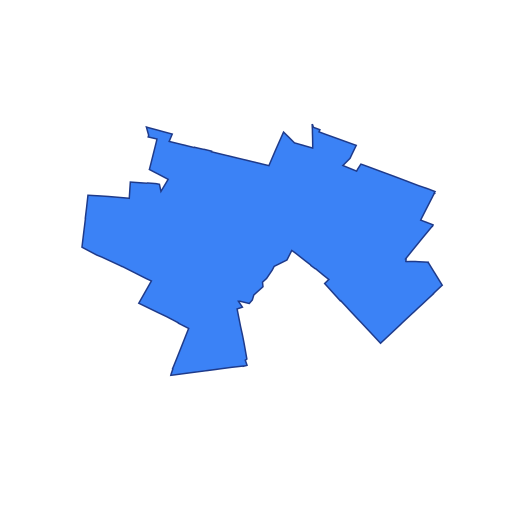 the district of Traian, Braila, Romania, rotated 30°
{"feature_id": "2599482B34558550347077", "entity_name": "Traian", "entity_type": "district", "adm_level": 2, "iso_a3": "ROU", "parent_name": "Romania", "parent_adm1": "Braila", "projection": "orthographic", "projection_center": [27.706, 45.134], "detail": "fine", "context": "isolated", "style": "filled", "palette": "blue", "viewbox_px": 512, "rotation_deg": 30, "n_neighbors": 0, "source": "geoboundaries", "source_scale": "gbopen_adm2", "svg_char_len": 2763}
<svg xmlns="http://www.w3.org/2000/svg" viewBox="0 0 512 512"><g transform="rotate(30 256 256)"><path d="M416.0,240.9L419.1,230.7L420.1,227.3L420.5,226.3L421.1,224.3L422.4,219.9L423.1,217.7L424.0,214.9L426.3,207.2L428.6,200.0L428.4,199.9L429.2,197.1L431.6,189.0L431.9,188.2L428.2,186.2L418.8,181.1L418.0,180.7L408.6,175.6L408.4,175.7L408.2,175.3L399.0,180.0L396.7,181.1L392.4,183.6L389.1,185.6L388.5,185.8L387.5,183.6L387.0,183.7L388.4,174.5L389.3,168.8L391.2,157.0L393.1,145.9L393.7,142.2L394.0,142.1L393.9,141.7L393.9,140.8L393.8,140.5L389.9,141.1L380.7,142.6L380.5,140.6L380.0,131.1L379.5,121.2L379.4,119.1L379.3,117.1L379.2,115.7L379.1,113.0L379.3,112.7L378.9,112.7L378.8,111.5L378.9,111.2L378.9,110.7L372.1,111.7L361.5,113.8L341.0,117.1L319.2,120.8L308.5,122.6L302.8,123.6L300.9,124.0L300.6,130.0L300.7,132.2L286.0,134.2L288.6,124.4L288.2,119.8L287.5,110.1L265.6,114.0L255.1,115.9L248.5,117.0L248.2,114.7L243.4,115.5L243.1,115.6L242.4,115.7L241.3,115.8L239.9,114.5L239.3,114.0L239.0,114.2L240.9,117.2L241.7,118.4L243.1,120.8L246.0,125.5L249.7,131.7L250.9,133.8L251.1,134.2L232.7,138.8L225.3,136.8L217.9,134.9L220.0,154.7L222.0,171.3L171.9,186.1L165.3,188.0L165.1,187.4L157.6,189.6L157.2,189.9L149.4,192.3L148.3,192.6L148.3,192.8L148.2,193.0L123.5,200.2L122.5,192.3L113.5,194.7L107.7,196.2L98.8,198.6L96.6,199.1L97.1,199.6L100.2,202.7L102.6,205.0L103.1,206.8L111.7,204.2L112.1,205.3L112.8,207.6L120.3,233.9L120.4,234.4L141.6,233.5L141.4,247.6L136.5,242.2L133.2,243.3L125.5,247.0L125.0,247.6L110.2,254.8L117.4,269.4L112.6,271.6L106.2,274.6L98.3,278.3L90.0,282.4L80.1,287.4L85.3,299.3L89.3,308.7L89.5,308.7L91.0,312.2L95.4,322.6L100.8,335.2L100.9,335.4L117.6,334.8L123.1,334.0L143.4,332.2L145.4,332.1L145.6,331.9L167.8,330.7L172.9,330.4L177.9,329.9L178.1,355.5L199.3,354.0L209.0,353.2L222.3,352.7L222.4,353.0L233.9,352.4L237.0,373.4L237.4,376.1L238.5,383.7L238.9,386.5L239.6,391.5L239.7,392.2L240.1,395.4L240.5,395.5L241.6,401.1L241.8,401.5L241.9,401.9L245.1,399.5L246.0,398.8L256.8,390.5L279.9,372.8L288.6,366.1L290.8,364.4L295.6,360.9L296.4,360.3L299.9,357.7L300.1,357.9L301.1,356.9L302.4,355.7L302.9,355.1L298.8,351.6L299.2,350.8L299.6,349.8L289.7,338.0L285.7,333.4L283.5,330.9L277.9,324.8L266.1,311.3L269.8,307.1L263.4,304.0L264.3,303.4L264.5,303.4L264.7,303.2L273.9,300.5L274.8,295.9L273.6,290.9L277.4,279.1L274.7,275.4L276.4,270.2L277.1,260.1L276.9,255.9L284.8,244.0L284.2,233.3L289.2,233.8L301.5,235.6L307.7,236.4L308.2,236.8L313.6,237.4L314.0,237.2L323.3,238.8L330.8,239.9L329.2,245.5L351.5,252.7L351.7,252.3L351.9,252.4L353.8,253.0L360.5,255.0L363.9,256.1L376.1,259.8L381.0,261.2L390.5,264.1L396.7,266.0L402.3,267.7L407.5,269.3L407.8,268.1L409.2,263.6L414.4,246.4L415.6,242.4L416.0,240.9Z" fill="#3b82f6" stroke="#1e3a8a" stroke-width="1.5"/></g></svg>